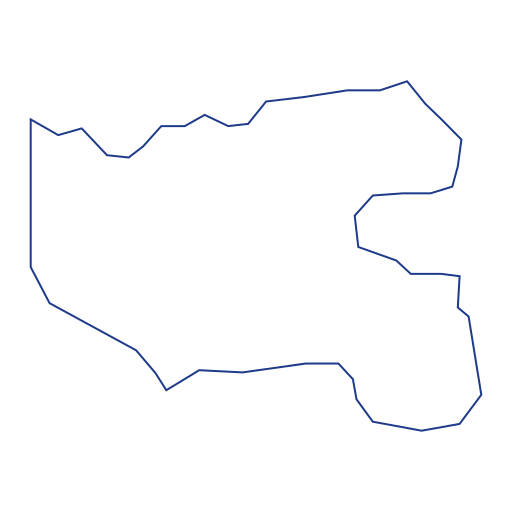 an SVG outline of Rabat
{"feature_id": "MLT-5923", "entity_name": "Rabat", "entity_type": "state/province", "adm_level": 1, "iso_a3": "MLT", "parent_name": "Malta", "parent_adm1": "", "projection": "natural_earth1", "projection_center": [14.386, 35.882], "detail": "fine", "context": "isolated", "style": "outline", "palette": "blue", "viewbox_px": 512, "rotation_deg": 0, "n_neighbors": 0, "source": "natural_earth", "source_scale": "10m", "svg_char_len": 694}
<svg xmlns="http://www.w3.org/2000/svg" viewBox="0 0 512 512"><path d="M166.3,390.2L155.5,373.1L136.1,350.3L49.6,303.2L30.7,267.1L30.7,119.4L58.2,135.1L81.7,128.4L107.0,155.2L128.7,157.5L143.2,146.3L161.3,126.1L184.8,126.1L204.7,114.9L228.2,126.1L248.1,123.9L266.1,101.5L304.1,97.0L347.5,90.3L380.0,90.3L407.1,81.3L425.2,103.7L441.5,119.4L461.4,139.6L457.8,166.4L452.3,186.6L430.6,193.3L403.5,193.3L372.8,195.5L354.7,215.7L358.3,247.0L396.3,260.5L410.8,273.9L441.5,273.9L459.6,276.2L457.8,307.5L468.6,316.5L481.3,394.8L459.6,423.9L421.6,430.7L372.8,421.7L356.5,399.3L352.9,379.2L338.4,363.5L305.9,363.5L242.6,372.4L199.2,370.2L166.3,390.2Z" fill="none" stroke="#1e3a8a" stroke-width="2"/></svg>